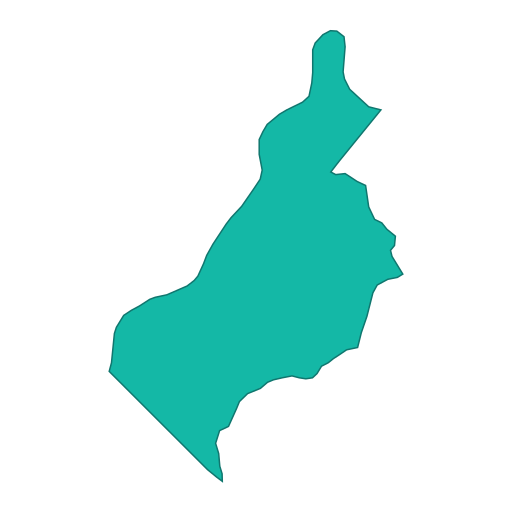 Madeiro, Piauí, Brazil (Robinson projection)
{"feature_id": "56859067B91104419573943", "entity_name": "Madeiro", "entity_type": "district", "adm_level": 2, "iso_a3": "BRA", "parent_name": "Brazil", "parent_adm1": "Piauí", "projection": "robinson", "projection_center": [-42.521, -3.556], "detail": "fine", "context": "isolated", "style": "filled", "palette": "teal", "viewbox_px": 512, "rotation_deg": 0, "n_neighbors": 0, "source": "geoboundaries", "source_scale": "gbopen_adm2", "svg_char_len": 1271}
<svg xmlns="http://www.w3.org/2000/svg" viewBox="0 0 512 512"><path d="M109.2,371.4L207.5,469.6L216.9,477.3L222.3,481.3L222.1,473.8L219.8,466.3L218.7,453.6L215.6,443.3L219.6,430.6L228.5,426.4L236.6,408.4L239.4,401.6L247.6,393.6L260.4,388.4L267.5,382.3L273.5,379.8L282.2,377.8L292.0,375.9L299.3,377.8L305.8,378.8L312.5,377.8L317.0,373.6L321.5,366.2L328.3,362.7L333.4,358.6L340.0,354.3L346.6,349.8L357.6,347.5L361.3,332.7L366.9,316.4L372.9,292.8L377.2,285.0L387.8,279.3L397.4,277.4L402.8,274.1L392.0,256.4L390.5,250.3L394.5,245.5L395.4,236.2L386.9,229.3L381.8,222.9L374.6,219.4L368.7,206.9L365.6,185.5L357.0,181.4L350.2,176.9L345.1,173.6L335.7,174.6L330.8,172.0L335.7,165.6L339.7,160.5L380.9,109.9L368.7,106.8L349.7,89.3L344.5,79.0L343.1,71.9L345.1,46.8L344.0,36.7L336.8,31.1L330.4,30.7L323.0,34.6L315.2,43.0L312.7,49.8L312.7,72.6L311.8,82.9L309.0,96.3L302.5,102.2L286.8,109.9L279.5,114.2L267.2,124.4L263.0,131.5L259.2,139.5L259.2,154.4L262.2,170.1L260.2,179.2L253.6,189.1L241.7,206.3L231.2,217.5L226.3,223.9L213.0,244.1L206.7,255.4L203.6,263.6L197.9,276.1L194.2,280.5L187.1,286.0L179.5,289.3L166.9,294.8L155.2,297.3L149.8,299.3L139.4,306.0L131.4,310.3L123.7,315.4L116.4,327.3L114.4,333.5L111.5,362.7L109.2,371.4Z" fill="#14b8a6" stroke="#0f766e" stroke-width="1.5"/></svg>